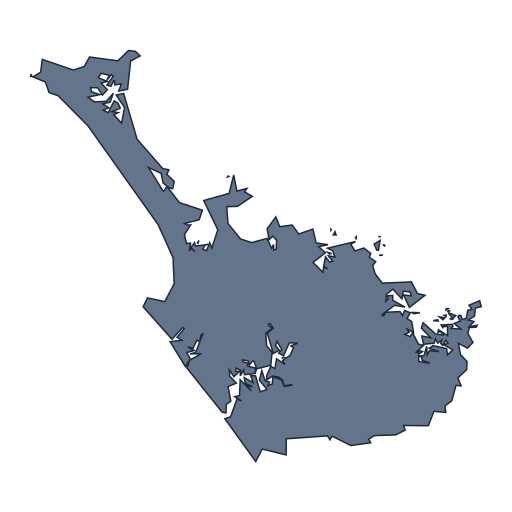 Far North District, Northland, New Zealand (orthographic projection)
{"feature_id": "76426892B75799514296056", "entity_name": "Far North District", "entity_type": "district", "adm_level": 2, "iso_a3": "NZL", "parent_name": "New Zealand", "parent_adm1": "Northland", "projection": "orthographic", "projection_center": [173.629, -35.034], "detail": "fine", "context": "isolated", "style": "filled", "palette": "slate", "viewbox_px": 512, "rotation_deg": 0, "n_neighbors": 0, "source": "geoboundaries", "source_scale": "gbopen_adm2", "svg_char_len": 6053}
<svg xmlns="http://www.w3.org/2000/svg" viewBox="0 0 512 512"><path d="M473.0,342.4L467.8,333.4L469.5,327.5L476.2,327.2L477.2,325.2L469.0,326.9L473.9,321.5L468.1,320.0L474.5,316.2L475.4,308.0L481.3,306.7L479.7,300.7L469.0,305.2L471.9,309.5L467.8,310.2L466.2,318.3L462.1,319.5L461.0,315.5L459.1,315.3L457.9,316.6L460.1,321.0L454.2,323.5L460.9,329.1L451.0,328.4L453.0,326.2L452.3,324.3L441.1,325.0L442.7,327.7L443.9,326.2L445.2,326.7L446.9,326.1L447.2,326.2L447.5,326.5L447.6,335.7L438.4,329.7L437.9,332.6L439.8,331.3L442.9,333.9L443.1,334.2L443.2,334.5L443.3,334.9L443.3,335.0L435.7,334.1L423.1,322.7L421.3,328.1L430.7,337.8L421.8,336.0L423.5,344.2L434.2,343.3L435.5,338.8L437.8,343.1L441.7,340.0L440.8,343.5L442.8,345.5L446.0,340.2L447.9,343.4L443.8,344.7L452.8,349.8L447.5,354.9L446.6,348.6L433.1,345.6L429.0,348.3L439.0,351.6L429.5,350.6L427.2,354.8L426.7,346.3L423.9,355.8L419.7,355.9L421.7,357.6L422.1,360.2L429.1,362.7L429.2,362.9L429.1,363.2L418.8,361.5L418.7,354.1L422.5,351.6L419.0,350.4L418.0,352.7L416.1,352.1L423.5,345.4L418.4,344.1L412.6,332.7L410.1,336.6L404.9,334.4L409.2,332.2L407.2,329.1L413.5,332.3L411.7,321.5L407.0,318.5L410.4,312.7L404.5,310.5L402.5,315.7L400.0,311.6L385.6,312.3L383.7,315.7L382.4,315.8L381.9,314.7L394.6,305.3L405.0,307.1L392.7,300.3L392.8,295.4L387.4,295.8L388.1,298.9L385.8,301.3L386.4,294.5L392.9,289.1L401.9,298.9L403.3,291.2L410.1,292.0L411.3,295.8L403.6,295.0L409.4,307.4L425.0,295.3L417.4,293.5L411.5,281.9L382.2,283.1L375.0,273.6L372.7,265.4L375.7,261.7L369.3,257.3L370.8,253.4L363.8,248.0L355.0,250.9L350.8,244.3L355.6,241.5L327.5,248.2L332.6,250.6L334.8,257.0L328.3,255.8L332.7,261.2L329.5,262.0L325.5,256.8L323.6,266.3L327.5,268.6L323.6,267.5L322.9,272.3L313.0,262.4L325.4,252.8L318.7,246.7L328.0,244.7L316.1,242.9L312.9,229.1L298.8,234.0L292.1,225.0L279.7,226.7L275.8,216.9L267.1,228.9L269.2,239.6L272.8,236.1L276.6,240.2L276.3,248.9L273.7,250.2L273.6,244.5L271.6,248.3L267.1,238.4L251.7,242.6L240.6,239.0L228.0,223.5L226.7,206.7L237.4,206.4L252.3,196.3L244.5,191.8L246.9,188.4L236.9,191.1L233.7,175.0L229.1,193.4L203.7,200.5L217.8,229.8L211.8,248.1L209.7,242.7L206.5,250.8L202.7,249.0L205.3,244.9L195.4,246.0L194.5,242.6L190.9,247.5L194.9,251.6L190.4,247.7L190.7,248.9L189.3,251.0L190.6,243.2L186.5,243.4L184.4,234.6L190.7,224.9L187.8,225.2L184.7,223.5L199.2,219.7L202.4,210.2L179.4,202.6L168.0,187.8L166.2,187.5L164.0,190.9L163.0,190.9L148.5,167.5L161.1,173.3L163.1,183.0L169.3,188.0L172.7,188.7L174.2,181.4L166.9,174.3L168.9,169.7L162.8,168.7L137.1,139.2L123.6,93.4L116.2,95.1L124.6,107.6L121.5,123.2L113.8,114.7L118.2,112.6L112.0,111.7L120.3,108.1L117.9,103.1L114.2,100.8L108.2,112.7L103.3,110.0L108.8,107.8L102.7,104.0L110.2,102.1L113.3,93.3L106.2,101.3L94.6,101.9L87.9,97.2L99.8,94.6L91.5,91.7L90.6,87.6L97.6,87.8L102.4,95.1L107.4,89.7L101.1,83.1L107.2,81.4L98.3,77.7L101.1,73.4L109.2,75.2L106.9,80.3L111.4,74.6L113.1,76.3L106.9,85.1L110.9,86.3L113.7,80.8L114.6,80.9L114.7,84.9L121.3,84.0L118.7,91.1L127.6,89.2L130.6,61.1L140.1,55.9L135.4,51.3L128.5,50.5L117.9,60.8L89.5,57.0L84.3,66.5L73.1,70.0L42.3,59.4L40.6,72.2L32.9,76.9L45.4,82.0L49.1,92.6L58.1,95.7L88.0,125.9L158.1,224.6L173.0,257.6L174.2,283.7L164.8,301.6L147.5,297.9L143.1,306.8L172.0,339.3L182.8,327.4L184.2,328.7L177.0,337.2L181.8,340.2L170.1,341.7L185.4,366.6L190.3,359.1L186.8,352.5L194.2,350.5L187.7,346.9L193.0,348.3L197.0,340.1L199.6,341.7L201.2,334.6L202.9,333.9L195.6,352.4L190.0,354.0L201.4,353.6L189.7,360.1L186.8,367.9L222.2,412.3L226.0,412.9L226.3,404.4L230.8,401.2L228.1,386.6L236.4,383.1L229.7,376.1L229.4,370.0L233.9,376.7L239.6,371.4L235.6,371.3L236.0,368.0L240.7,370.4L240.2,375.9L243.7,370.1L244.5,374.7L255.4,373.4L255.3,368.0L247.5,366.0L248.0,363.2L243.0,361.9L242.5,359.9L248.1,360.8L249.5,364.9L252.5,361.1L254.1,361.4L256.7,368.8L270.8,365.3L272.1,352.3L266.6,345.7L265.8,333.2L271.6,328.8L271.2,327.1L269.4,326.3L268.6,324.9L268.4,324.4L268.6,324.1L269.7,324.0L269.5,323.0L273.4,328.3L267.2,333.0L273.3,353.5L279.3,350.3L275.5,345.4L277.0,341.4L281.8,349.6L278.6,353.2L283.6,355.8L289.3,342.8L297.7,343.2L290.9,345.9L293.5,347.8L290.1,355.3L282.6,360.5L284.9,364.4L276.6,358.8L274.9,368.5L270.8,366.4L266.9,375.1L266.5,380.0L272.7,376.1L278.5,377.0L282.5,380.2L284.4,386.4L287.5,385.1L291.3,384.7L291.7,385.2L284.3,386.5L281.5,379.9L272.9,376.7L272.3,383.9L267.9,385.8L269.6,382.2L265.0,380.6L261.8,370.6L259.4,380.3L267.0,389.4L260.2,391.8L255.5,375.8L250.6,375.6L253.2,382.7L244.2,377.6L245.3,383.3L252.5,386.8L246.8,385.5L251.2,390.8L240.2,379.8L239.5,395.6L234.7,396.7L241.6,401.0L237.0,399.0L230.6,416.8L224.8,418.7L255.7,461.5L262.2,449.1L286.1,454.9L286.3,438.8L327.5,435.9L330.0,439.8L331.9,436.1L350.8,445.5L370.7,442.8L368.7,439.2L374.4,435.6L395.7,434.9L405.2,430.1L403.6,425.5L428.3,425.7L434.0,411.3L445.8,412.4L444.9,406.1L451.8,400.7L456.0,385.4L461.1,385.9L457.9,377.9L466.7,369.6L467.0,361.5L460.5,354.6L458.4,343.2L467.4,348.2L473.0,342.4ZM380.1,240.4L374.1,244.1L376.8,250.2L378.5,250.2L380.1,240.4ZM455.8,315.6L448.8,312.9L448.7,313.6L452.9,318.5L455.8,315.6ZM444.9,317.7L439.4,316.9L443.0,319.8L444.9,317.7ZM419.9,312.7L411.3,312.4L414.2,313.8L419.9,312.7ZM335.0,231.7L333.3,234.9L336.1,235.0L335.0,231.7ZM437.7,319.7L433.1,320.6L438.2,321.1L437.7,319.7ZM448.5,310.5L447.2,311.7L450.3,310.8L448.5,310.5ZM380.5,254.9L379.1,255.5L382.9,255.1L380.5,254.9ZM356.4,239.4L356.3,236.6L355.5,237.4L356.4,239.4ZM331.7,253.6L327.8,252.4L329.3,254.0L331.7,253.6ZM446.2,315.0L444.2,315.3L446.1,316.4L446.2,315.0ZM283.2,357.4L281.6,358.4L283.7,357.5L283.2,357.4ZM31.9,76.5L31.0,74.1L30.7,76.4L31.9,76.5ZM198.9,240.4L197.4,242.8L197.9,243.3L198.9,240.4ZM206.1,244.9L208.0,244.2L206.0,244.7L206.1,244.9ZM448.1,308.6L446.1,308.6L446.0,310.0L448.1,308.6ZM384.9,245.3L382.8,244.6L384.6,246.0L384.9,245.3ZM380.0,236.5L378.4,236.8L380.8,236.7L380.0,236.5ZM228.3,176.0L227.6,176.9L228.9,176.6L228.3,176.0ZM330.9,229.3L331.0,230.2L331.3,229.7L330.9,229.3ZM451.8,319.3L449.6,318.3L451.2,319.4L451.8,319.3ZM256.3,369.4L256.0,369.4L256.0,371.5L256.3,369.4Z" fill="#64748b" stroke="#1e293b" stroke-width="1.5"/></svg>